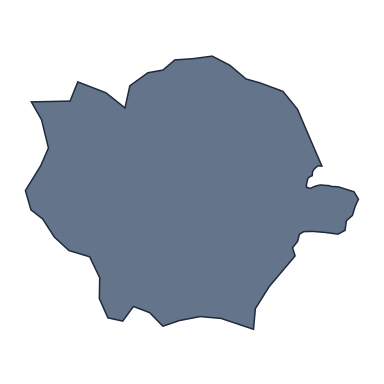 the district of Tseri, Nicosia, Cyprus, rotated 271°
{"feature_id": "46923920B56120235345444", "entity_name": "Tseri", "entity_type": "district", "adm_level": 2, "iso_a3": "CYP", "parent_name": "Cyprus", "parent_adm1": "Nicosia", "projection": "albers", "projection_center": [33.334, 35.064], "detail": "fine", "context": "isolated", "style": "filled", "palette": "slate", "viewbox_px": 384, "rotation_deg": 271, "n_neighbors": 0, "source": "geoboundaries", "source_scale": "gbopen_adm2", "svg_char_len": 1034}
<svg xmlns="http://www.w3.org/2000/svg" viewBox="0 0 384 384"><g transform="rotate(271 192 192)"><path d="M279.3,29.8L261.6,40.3L233.5,47.7L215.7,40.3L190.5,25.4L171.3,31.3L162.4,43.2L144.6,55.1L131.3,70.0L125.4,90.8L104.7,101.2L83.9,101.2L64.7,110.1L61.7,125.0L76.5,135.4L70.6,151.8L57.3,165.2L63.2,181.5L67.6,202.4L66.1,223.2L55.8,255.9L76.5,257.4L98.7,270.8L129.9,296.2L138.0,293.5L144.6,298.5L151.6,300.1L154.3,304.4L154.7,313.4L153.9,325.8L152.4,338.7L156.3,345.7L166.0,346.9L171.4,352.8L180.7,355.5L187.7,358.6L195.1,353.9L199.6,338.6L199.9,335.7L199.9,331.9L200.9,328.1L200.9,325.3L201.3,321.3L201.0,318.6L199.6,314.2L197.7,310.3L198.6,306.5L201.3,306.3L205.0,307.0L207.9,307.8L209.3,309.5L210.4,311.9L214.2,312.2L216.6,313.4L218.5,315.3L220.3,317.5L220.2,321.4L249.8,308.0L276.4,296.1L294.2,281.2L302.3,258.0L306.0,244.0L319.4,227.6L328.2,209.8L325.3,190.5L323.8,172.6L313.4,160.7L310.5,145.8L297.1,128.0L274.9,123.5L289.7,104.2L300.1,75.9L280.8,68.5L279.3,29.8Z" fill="#64748b" stroke="#1e293b" stroke-width="1.5"/></g></svg>